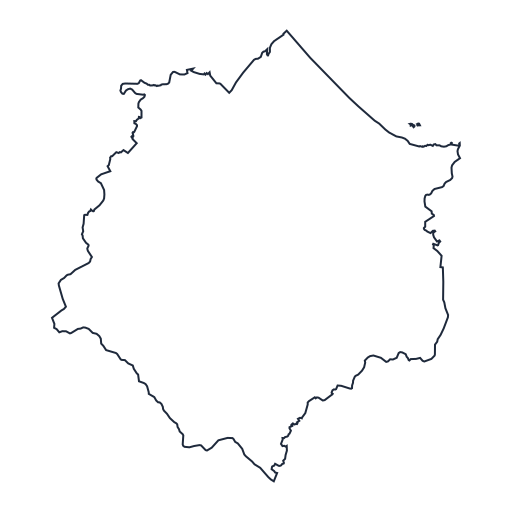 Cam Xuyen, Ha Tinh, Vietnam
{"feature_id": "81297802B99684516055458", "entity_name": "Cam Xuyen", "entity_type": "district", "adm_level": 2, "iso_a3": "VNM", "parent_name": "Vietnam", "parent_adm1": "Ha Tinh", "projection": "orthographic", "projection_center": [106.007, 18.19], "detail": "fine", "context": "isolated", "style": "outline", "palette": "slate", "viewbox_px": 512, "rotation_deg": 0, "n_neighbors": 0, "source": "geoboundaries", "source_scale": "gbopen_adm2", "svg_char_len": 5979}
<svg xmlns="http://www.w3.org/2000/svg" viewBox="0 0 512 512"><path d="M459.7,143.1L459.2,143.5L459.5,145.1L458.0,145.6L451.8,144.6L451.8,142.9L451.3,142.7L450.8,143.1L450.9,144.4L448.3,145.1L446.3,146.3L443.9,146.7L441.2,146.3L439.5,145.3L436.5,145.3L435.3,144.1L433.7,144.5L432.8,145.9L430.3,144.7L428.5,145.2L427.6,144.8L426.3,146.0L425.1,145.8L423.6,146.7L422.8,146.3L422.3,146.8L420.0,146.1L419.3,146.5L409.7,143.9L407.7,140.9L405.0,138.7L401.9,137.5L396.3,136.4L389.1,132.5L385.3,129.5L379.2,123.6L374.7,120.7L358.2,106.2L349.2,97.8L310.3,57.9L286.7,30.7L283.4,33.8L283.5,34.7L274.1,41.1L271.4,44.2L269.9,47.8L269.9,51.9L268.6,53.8L268.1,55.4L267.6,55.4L266.9,54.2L267.2,49.2L264.9,51.4L263.5,51.6L262.2,52.8L260.8,56.9L258.0,58.7L255.7,58.9L254.0,59.8L243.2,72.6L236.0,82.4L231.7,90.2L229.2,92.8L220.4,83.8L219.4,83.4L216.4,83.3L210.2,75.6L209.6,72.3L207.9,74.1L206.7,73.1L205.5,74.6L204.5,73.5L203.8,74.4L199.6,73.9L193.8,72.1L191.2,70.7L193.1,68.6L186.9,69.9L187.5,73.1L184.4,74.5L179.9,74.4L175.2,72.1L174.2,71.8L173.0,72.0L170.7,74.8L169.2,82.5L168.0,83.7L166.6,84.2L162.6,84.3L161.3,84.6L160.7,85.3L157.5,85.9L157.1,85.6L156.6,86.0L154.9,85.1L154.4,85.4L153.4,85.0L152.8,85.4L150.1,85.5L149.3,84.8L148.0,84.8L146.6,83.6L144.5,82.8L141.0,80.2L140.2,80.5L138.8,83.1L137.5,83.8L125.2,83.5L122.7,83.9L121.2,85.7L121.0,88.7L120.4,90.6L121.1,92.2L122.4,93.7L123.8,93.9L126.0,90.5L128.0,89.2L130.2,88.6L132.2,89.6L135.1,93.0L136.5,93.9L143.0,94.7L144.3,94.4L144.9,95.0L144.4,96.8L143.0,98.2L140.7,99.6L138.9,102.1L138.4,103.6L138.3,107.5L140.6,109.5L141.5,110.9L141.5,117.5L140.4,118.1L139.5,117.0L138.9,116.9L138.7,118.5L136.8,119.8L136.0,121.2L134.3,121.1L134.4,123.3L135.7,123.8L137.0,125.2L137.0,126.2L134.3,131.8L133.9,132.2L133.2,132.1L133.1,132.8L132.6,133.0L133.4,136.0L133.0,136.4L131.9,136.2L131.4,136.8L132.1,137.9L132.7,137.8L132.6,139.1L136.7,143.2L127.9,153.0L123.5,150.1L120.9,152.4L119.8,152.1L118.7,153.0L116.3,152.2L112.2,156.2L111.2,156.2L110.1,157.7L110.3,159.0L108.8,165.1L107.6,166.2L110.3,171.2L101.2,174.3L96.6,177.9L96.3,178.8L96.6,179.7L98.1,181.5L100.9,183.2L104.1,190.0L104.4,194.5L104.1,198.4L103.3,200.5L99.5,205.3L94.4,209.5L93.8,211.1L93.2,211.3L92.1,210.7L90.9,209.5L90.3,211.0L89.1,211.5L88.1,212.8L87.4,214.9L84.9,214.8L84.2,215.2L83.6,223.8L82.6,227.4L83.2,231.3L81.9,234.3L82.6,235.5L82.9,238.3L86.0,242.8L88.4,244.7L88.6,245.7L87.3,248.4L87.5,249.7L88.0,251.1L91.9,257.0L90.6,259.1L90.1,261.5L88.7,263.0L75.2,269.9L70.5,274.2L67.9,274.7L66.7,275.3L64.1,278.0L60.9,279.9L58.6,283.4L58.9,285.6L62.7,298.8L65.9,306.7L63.9,309.0L61.5,310.4L52.0,317.8L54.4,323.9L54.1,327.8L56.6,329.1L59.3,332.3L62.3,331.2L66.1,331.3L69.9,333.4L71.2,333.0L77.9,328.9L80.6,328.6L83.2,327.4L85.3,327.6L88.7,328.9L92.7,332.9L96.6,333.8L99.3,336.1L100.8,338.7L101.2,343.6L103.3,345.8L106.1,350.1L115.9,353.0L117.2,354.0L120.7,359.4L121.7,359.9L124.9,360.1L128.2,363.4L132.8,365.5L133.8,368.8L136.8,373.4L138.1,374.5L139.0,381.3L143.8,383.0L145.6,384.1L147.1,386.3L148.7,392.1L148.8,393.9L154.3,397.1L156.2,400.5L158.1,402.3L159.7,402.4L161.4,403.9L162.8,406.8L163.1,409.0L163.9,410.6L167.0,413.8L169.9,418.1L174.2,422.1L176.3,423.3L177.2,424.3L177.6,427.0L179.0,429.2L179.7,431.5L182.7,434.2L183.3,435.4L182.7,444.4L183.2,445.8L184.5,446.8L189.4,447.3L194.2,446.0L199.5,445.1L201.1,445.4L205.6,450.1L207.0,450.5L211.7,447.7L218.4,440.3L227.6,437.9L232.5,438.1L233.5,439.0L235.2,441.9L237.8,443.4L242.2,448.8L244.3,454.5L245.9,456.3L252.1,461.5L254.5,464.3L260.2,467.8L268.3,477.1L270.9,479.5L273.8,481.3L277.1,473.0L275.1,472.5L274.2,471.1L271.6,469.2L272.0,466.9L272.3,466.4L274.2,465.6L275.1,463.8L278.7,465.8L279.8,465.9L281.2,465.3L282.0,464.1L283.7,463.5L283.9,462.9L283.2,460.7L285.1,458.8L285.6,455.0L286.9,450.6L286.7,445.9L285.6,446.6L284.3,445.8L282.5,446.1L281.0,443.9L282.7,439.5L282.5,438.0L284.1,438.1L285.0,437.1L287.4,436.5L288.2,435.7L288.6,434.3L289.5,433.7L290.9,430.7L289.5,428.3L289.5,427.2L292.4,425.9L292.4,425.6L291.3,425.3L291.4,424.7L292.9,423.4L294.5,424.5L295.8,424.0L297.0,424.1L297.5,423.0L297.0,422.3L299.3,420.8L298.0,418.8L300.0,417.8L301.8,418.3L301.9,417.7L305.3,413.1L307.7,404.5L307.7,402.5L309.0,401.1L314.8,397.3L315.7,398.3L316.9,397.4L318.6,397.7L322.8,400.5L324.7,400.1L332.5,394.2L332.7,393.8L331.8,393.2L331.6,392.5L332.5,390.3L333.8,389.4L335.4,389.5L336.1,389.1L337.6,385.5L341.2,385.8L349.7,388.5L351.2,388.7L352.0,388.2L352.1,385.4L353.0,382.8L353.1,380.7L354.7,376.9L355.5,375.9L358.2,374.6L362.0,370.7L364.1,367.3L365.2,362.6L364.8,360.6L367.8,357.5L370.1,356.1L373.4,355.5L380.9,357.8L386.2,361.9L388.0,361.4L390.1,359.3L392.9,359.5L396.7,357.8L398.7,353.0L400.2,352.1L402.2,352.4L405.7,354.2L406.7,356.8L407.9,358.1L408.7,360.1L409.4,360.5L410.7,359.1L416.1,358.9L420.1,357.9L422.6,360.8L424.3,361.5L431.4,358.9L434.6,355.6L434.9,354.4L435.0,344.6L437.2,341.7L437.7,339.2L440.6,334.9L443.7,328.4L447.9,317.3L448.1,315.0L445.4,308.2L444.3,302.4L443.1,299.7L443.3,281.9L442.9,269.0L442.8,267.4L440.4,267.1L441.6,255.8L437.3,251.0L433.5,248.1L433.8,245.2L433.0,244.4L433.3,243.8L437.6,245.4L438.1,245.1L438.8,242.9L440.2,241.5L439.4,240.4L437.0,241.5L434.0,237.3L433.2,234.8L433.2,233.4L433.5,232.5L435.2,231.3L434.7,230.6L432.9,230.8L430.5,233.1L427.2,231.5L426.4,230.7L424.7,229.9L423.9,228.8L423.9,228.0L425.2,226.7L425.2,221.8L434.0,216.0L433.8,215.0L431.8,213.6L431.6,211.3L425.3,206.6L424.5,201.4L424.6,198.4L425.3,195.9L426.1,194.9L427.6,194.6L428.8,194.9L430.2,194.3L431.2,193.3L432.4,190.9L434.5,189.0L442.1,187.1L443.6,186.0L444.6,183.6L446.1,182.0L450.2,180.0L452.1,178.1L452.5,176.6L451.8,173.3L451.5,167.6L452.1,165.3L454.7,161.9L460.0,158.2L458.0,154.4L457.5,151.2L457.9,149.3L459.8,145.6L459.7,143.1ZM412.1,124.0L410.7,123.7L409.9,123.9L410.6,124.4L410.7,125.6L412.1,125.1L413.6,127.2L414.4,126.5L414.5,125.8L414.0,125.2L413.1,125.0L412.1,124.0ZM418.2,123.5L417.3,124.0L418.2,124.6L416.7,125.8L417.5,125.4L419.9,125.3L419.1,123.7L418.2,123.5Z" fill="none" stroke="#1e293b" stroke-width="2"/></svg>